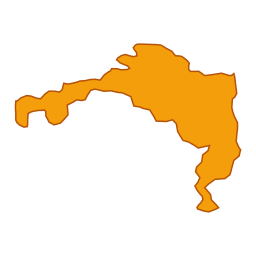 the district of Psematismenos, Larnaca, Cyprus, rotated 90°
{"feature_id": "46923920B35113056649454", "entity_name": "Psematismenos", "entity_type": "district", "adm_level": 2, "iso_a3": "CYP", "parent_name": "Cyprus", "parent_adm1": "Larnaca", "projection": "equal_earth", "projection_center": [33.351, 34.757], "detail": "fine", "context": "isolated", "style": "filled", "palette": "amber", "viewbox_px": 256, "rotation_deg": 90, "n_neighbors": 0, "source": "geoboundaries", "source_scale": "gbopen_adm2", "svg_char_len": 2149}
<svg xmlns="http://www.w3.org/2000/svg" viewBox="0 0 256 256"><g transform="rotate(90 128 128)"><path d="M83.2,192.2L89.6,193.8L92.0,196.5L91.3,200.9L91.1,206.9L93.7,210.6L98.8,215.5L98.1,219.8L96.1,224.9L95.6,229.3L97.9,235.1L100.4,238.1L101.5,239.7L100.4,240.1L106.4,240.6L110.9,240.4L113.6,240.2L116.6,240.2L120.1,240.2L121.6,239.5L122.7,238.9L125.2,236.1L127.1,232.1L126.6,228.7L124.6,228.4L118.9,228.3L113.5,227.9L111.8,224.6L111.2,222.2L110.4,217.5L110.4,214.5L110.0,211.7L111.5,210.3L116.1,210.1L119.3,208.3L122.1,207.0L124.8,201.9L123.1,195.6L119.2,191.8L114.8,188.0L109.1,188.4L105.1,188.8L102.5,183.6L99.9,179.3L100.5,174.2L99.7,170.8L95.2,168.5L90.3,165.3L89.1,161.1L89.2,160.3L91.2,152.2L90.8,145.1L92.4,138.1L92.9,133.5L96.6,125.2L100.9,123.8L106.1,122.1L106.9,116.4L108.3,113.2L109.9,106.2L117.3,101.7L121.1,99.8L121.5,89.6L119.8,83.5L123.7,79.7L131.6,78.3L139.9,73.4L140.5,72.6L142.0,67.5L145.3,61.7L148.0,57.7L145.5,46.5L150.7,48.0L154.9,53.3L162.0,54.3L167.1,59.4L171.8,60.4L177.6,56.1L182.4,58.2L186.0,61.1L190.5,58.7L193.4,56.5L196.5,53.7L199.7,53.1L203.0,55.4L205.0,57.4L207.4,59.0L209.0,58.4L209.6,56.4L210.9,52.6L211.9,47.3L209.3,40.5L207.7,37.4L205.8,38.9L202.8,41.7L199.9,44.6L194.5,45.5L191.8,47.7L187.6,51.3L183.9,47.3L179.3,40.9L178.6,31.1L174.8,26.2L173.2,25.6L160.4,22.2L156.0,16.9L149.5,15.4L148.7,16.5L141.6,19.8L133.1,19.1L128.8,18.5L122.7,18.5L116.0,21.8L112.4,23.1L107.7,24.2L99.0,23.6L97.2,21.3L93.5,19.3L77.1,21.3L73.6,22.1L75.5,24.6L75.5,26.9L74.6,29.9L73.2,34.5L74.3,41.4L75.5,50.4L75.0,52.4L73.3,54.3L71.3,57.4L71.4,61.1L71.4,65.5L69.6,67.3L66.7,67.3L65.3,67.2L63.3,66.7L60.7,68.7L58.5,71.4L56.4,74.3L55.9,77.5L55.8,80.5L51.2,84.3L48.5,89.5L45.2,94.8L44.6,99.7L44.4,106.1L44.1,114.1L44.2,118.8L45.2,120.7L47.7,122.7L49.2,122.0L52.5,119.5L55.8,119.1L56.7,122.7L55.7,126.6L54.5,130.8L55.6,134.7L58.0,138.3L59.9,139.4L61.1,137.7L62.9,135.9L64.4,132.2L66.0,128.3L68.3,126.4L69.5,128.7L69.8,135.2L68.7,138.7L68.7,144.5L70.8,145.4L72.2,148.0L75.0,151.8L80.1,155.8L79.3,160.9L79.5,165.6L80.7,171.1L81.0,176.0L82.3,179.6L84.0,187.3L84.0,188.9L83.2,192.2Z" fill="#f59e0b" stroke="#b45309" stroke-width="1.5"/></g></svg>